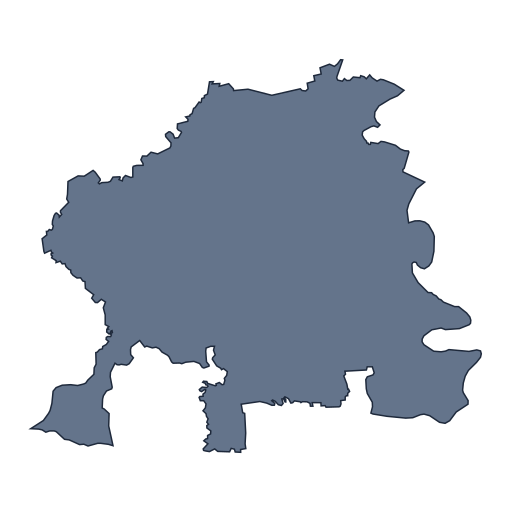 the district of Chuong My, Ha Noi, Vietnam
{"feature_id": "81297802B99190294686821", "entity_name": "Chuong My", "entity_type": "district", "adm_level": 2, "iso_a3": "VNM", "parent_name": "Vietnam", "parent_adm1": "Ha Noi", "projection": "orthographic", "projection_center": [105.643, 20.878], "detail": "fine", "context": "isolated", "style": "filled", "palette": "slate", "viewbox_px": 512, "rotation_deg": 0, "n_neighbors": 0, "source": "geoboundaries", "source_scale": "gbopen_adm2", "svg_char_len": 5995}
<svg xmlns="http://www.w3.org/2000/svg" viewBox="0 0 512 512"><path d="M404.0,90.3L394.3,84.2L383.4,79.8L380.5,79.3L377.0,81.1L372.1,77.8L369.7,74.9L366.3,78.8L364.2,76.8L360.7,75.7L360.0,77.7L353.3,77.0L349.9,80.4L346.8,80.5L344.4,78.6L342.4,81.2L337.7,80.1L336.7,78.0L337.0,76.4L342.7,59.9L340.6,59.7L337.5,63.9L334.4,66.4L329.5,64.2L320.0,67.8L321.2,74.0L313.8,75.7L314.8,81.0L307.2,83.2L308.1,88.8L305.7,91.0L302.0,90.5L300.3,88.8L271.8,95.3L248.0,89.2L233.6,90.6L233.4,88.9L228.7,83.7L219.2,86.3L219.8,83.5L212.1,83.9L213.3,81.6L209.5,81.8L207.5,94.1L204.4,95.6L204.3,97.7L201.8,98.5L201.2,102.2L200.2,102.7L199.1,102.0L195.0,107.7L193.6,108.4L192.1,113.6L190.0,114.8L189.8,116.0L185.7,116.9L188.0,119.3L187.8,121.3L177.5,123.9L177.2,128.5L178.4,130.1L181.1,131.4L181.5,132.4L178.3,137.7L174.6,138.1L173.1,134.2L170.0,131.8L168.8,131.8L165.5,134.3L165.7,136.6L171.0,142.8L170.9,146.0L169.9,147.9L157.7,153.9L151.0,152.2L146.9,156.1L142.5,156.0L140.9,159.8L143.1,163.7L143.1,165.3L136.7,165.4L133.3,166.3L132.8,167.6L132.8,177.0L130.9,177.5L125.5,175.5L123.1,177.9L122.3,180.9L119.0,179.6L120.2,177.7L119.9,176.8L113.0,177.1L110.4,181.3L108.0,182.3L101.8,182.6L99.4,183.9L98.3,182.9L100.3,180.1L100.1,178.9L95.2,172.2L93.1,170.4L84.2,176.2L78.1,175.9L68.0,181.5L67.5,194.3L66.7,199.0L68.7,202.3L60.5,210.7L60.4,212.1L61.7,214.4L59.3,217.1L59.1,215.2L56.6,213.0L55.5,213.3L54.1,215.5L52.5,221.0L52.3,224.4L53.3,226.0L52.4,229.4L51.2,230.2L49.3,229.5L47.7,231.4L46.4,231.4L46.8,235.0L42.1,238.7L43.9,251.4L44.6,253.2L50.9,250.3L51.4,252.0L52.7,253.0L51.0,253.9L51.2,255.1L52.4,256.1L51.6,257.8L56.2,260.7L56.0,262.6L60.3,261.2L62.2,263.9L65.0,263.6L66.0,266.6L68.9,269.4L70.7,270.0L70.9,272.7L73.1,275.4L77.0,278.0L80.6,277.8L82.8,281.0L85.0,281.6L85.4,288.4L93.7,294.7L91.7,298.2L95.3,302.5L97.5,302.6L101.3,299.3L105.5,302.0L103.3,307.8L105.2,314.9L105.2,324.6L108.8,326.6L107.4,328.2L108.4,329.1L106.8,329.5L106.7,332.0L109.1,334.0L110.3,333.0L111.0,331.0L112.0,330.6L112.4,332.6L110.2,333.9L111.4,334.9L110.6,336.6L107.7,336.5L106.3,337.4L106.1,339.4L108.6,341.4L106.3,344.5L102.7,346.5L102.4,348.8L99.5,349.6L97.3,352.1L95.8,352.6L96.1,364.2L94.2,367.8L93.9,374.3L87.9,380.0L85.7,383.1L83.6,384.0L77.7,385.5L70.6,384.7L62.2,385.2L56.1,387.6L53.1,391.2L51.9,403.4L50.1,410.4L48.6,413.3L43.4,420.5L30.7,428.7L38.8,429.1L42.2,429.9L45.8,432.2L49.7,430.9L54.2,430.9L56.3,431.7L64.5,439.3L69.2,439.9L79.6,444.6L83.8,444.2L88.0,446.0L97.7,443.3L100.6,443.3L108.4,444.3L113.0,445.7L108.7,426.0L109.1,413.6L104.2,409.0L102.2,408.0L102.6,399.0L103.4,395.8L106.5,391.0L111.7,388.8L112.2,387.2L110.2,376.7L110.5,372.3L115.0,363.2L117.0,364.7L119.1,364.9L121.2,364.3L126.6,365.1L129.2,363.7L133.4,357.8L130.7,354.6L130.5,349.6L131.2,346.9L139.7,340.5L144.7,347.0L146.7,346.1L152.3,347.9L156.0,347.2L159.2,348.7L162.0,352.1L167.5,355.2L169.0,356.7L171.6,361.9L173.1,363.2L179.5,363.0L181.8,363.7L185.7,362.2L193.9,361.4L199.6,363.5L202.3,367.4L203.9,368.0L209.0,366.2L209.1,365.1L206.5,361.8L205.7,351.2L206.1,348.0L210.7,346.3L214.5,346.3L213.5,350.2L215.2,354.9L212.7,357.7L212.3,359.2L216.7,365.9L220.7,368.2L221.5,369.7L223.5,368.6L227.3,371.6L226.7,375.4L224.3,378.4L224.9,380.3L223.7,384.4L222.1,384.7L219.3,382.5L215.9,383.9L216.3,385.4L215.3,385.8L207.7,383.4L206.8,381.5L203.5,381.2L202.7,382.3L205.2,383.3L205.8,384.8L207.4,385.2L208.0,386.3L206.7,387.5L202.2,387.1L199.3,389.5L199.8,390.7L201.6,391.6L205.0,389.3L205.8,389.9L205.1,392.5L203.0,394.1L203.1,396.3L199.9,396.5L199.1,397.4L200.3,400.7L203.7,400.7L206.0,403.9L205.4,407.8L203.0,410.8L206.0,413.6L206.5,416.4L208.1,418.8L206.8,422.2L208.5,424.3L206.8,425.6L206.9,428.0L210.8,430.9L210.6,433.9L207.6,435.5L207.6,438.6L205.7,439.0L203.8,440.8L207.9,443.8L203.2,448.9L203.6,450.4L205.3,450.9L209.4,451.6L214.7,448.9L217.7,451.4L229.6,451.8L231.2,448.4L234.4,449.2L235.2,452.0L240.7,452.3L240.6,449.5L245.8,448.6L245.1,443.8L245.7,433.1L244.7,413.4L242.7,412.7L241.2,404.2L259.9,401.5L266.7,403.1L271.9,405.3L274.4,405.2L274.8,403.4L271.7,400.7L272.6,400.0L275.2,401.3L278.3,404.7L281.4,405.5L283.1,403.5L281.8,399.0L283.5,398.7L285.1,402.0L285.8,402.0L285.8,399.6L284.1,397.6L284.9,396.8L288.5,398.7L290.9,403.1L292.7,402.7L294.4,400.9L300.3,401.8L300.9,402.6L302.4,401.7L307.0,401.8L310.0,403.3L310.4,406.2L312.9,406.2L312.2,402.6L320.9,402.7L321.1,405.9L325.1,405.6L326.0,407.2L339.1,406.8L340.2,406.2L341.0,403.9L340.7,400.6L345.2,400.0L345.2,396.9L346.4,395.7L347.7,395.7L347.7,393.3L349.6,391.4L348.5,389.1L347.8,389.3L346.9,384.2L343.8,376.0L345.5,374.2L344.9,371.2L366.4,370.0L367.2,366.8L372.3,366.8L374.2,372.8L373.0,374.9L367.3,376.8L365.8,379.6L366.3,388.8L367.3,393.5L372.3,402.2L372.5,406.8L370.9,413.1L372.9,414.0L387.0,416.3L405.7,418.1L412.8,417.7L420.4,414.7L424.0,414.1L429.7,415.7L439.5,422.3L445.1,423.3L449.7,420.7L456.2,412.0L468.0,404.2L468.1,400.6L463.3,392.7L462.6,390.2L463.3,383.0L465.2,376.2L468.4,370.4L476.5,362.4L480.5,357.3L481.3,353.8L480.5,350.9L476.8,349.9L469.0,351.4L448.9,349.6L445.5,351.1L441.1,351.8L433.7,351.2L423.9,344.7L422.1,341.8L422.2,339.0L423.9,335.8L431.8,329.8L441.1,328.0L445.4,329.6L459.4,328.6L469.2,324.7L470.5,323.3L470.8,320.2L469.8,316.9L466.6,313.0L458.6,306.6L454.6,306.6L443.4,302.1L440.9,299.7L438.8,299.0L436.2,295.9L433.2,294.5L431.6,292.7L428.0,292.5L418.1,282.6L412.4,272.9L411.9,264.0L412.6,262.8L414.1,262.0L416.3,262.5L417.4,265.0L420.6,267.7L424.4,268.8L428.8,266.0L431.7,262.0L433.9,251.3L434.3,236.5L433.1,232.8L428.5,224.9L424.8,222.1L419.8,220.8L414.9,220.9L408.6,222.8L407.0,210.3L408.8,203.9L416.5,188.8L424.7,182.1L403.0,171.9L402.8,169.6L404.2,168.3L408.9,152.1L408.4,151.0L404.6,150.7L400.4,149.1L395.5,145.3L384.5,141.9L381.0,141.4L378.1,143.6L370.8,142.4L370.4,144.4L368.7,144.4L368.0,143.0L366.8,143.0L366.5,141.3L364.2,138.8L362.2,135.1L362.6,131.8L364.0,130.5L371.0,126.7L373.9,125.9L377.6,127.3L380.0,124.9L376.4,121.5L374.5,117.2L374.9,112.0L378.9,105.9L390.0,99.1L397.5,95.8L404.0,90.3Z" fill="#64748b" stroke="#1e293b" stroke-width="1.5"/></svg>